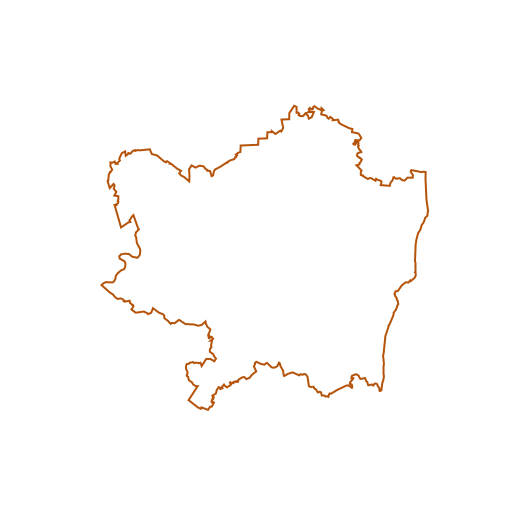 the district of Cazones de Herrera, Veracruz, Mexico, rotated 26°
{"feature_id": "50627088B60977128263275", "entity_name": "Cazones de Herrera", "entity_type": "district", "adm_level": 2, "iso_a3": "MEX", "parent_name": "Mexico", "parent_adm1": "Veracruz", "projection": "robinson", "projection_center": [-97.287, 20.709], "detail": "fine", "context": "isolated", "style": "outline", "palette": "amber", "viewbox_px": 512, "rotation_deg": 26, "n_neighbors": 0, "source": "geoboundaries", "source_scale": "gbopen_adm2", "svg_char_len": 6119}
<svg xmlns="http://www.w3.org/2000/svg" viewBox="0 0 512 512"><g transform="rotate(26 256 256)"><path d="M371.7,106.2L369.7,106.7L368.1,108.0L358.0,110.7L357.9,112.0L359.0,113.1L361.7,114.6L362.5,116.9L357.8,119.2L356.5,123.1L353.9,123.7L351.2,123.0L348.0,125.2L345.6,124.6L345.0,124.9L345.5,127.6L344.8,131.8L345.5,134.3L337.0,137.6L336.3,134.4L335.5,133.7L331.9,134.2L330.1,134.0L330.4,136.0L325.6,135.6L324.2,135.9L322.8,137.7L317.2,137.3L317.0,136.7L314.7,137.2L313.4,134.7L313.4,132.9L306.5,130.4L308.8,128.5L308.2,127.0L308.7,126.6L308.9,123.0L306.9,122.3L306.2,122.5L306.1,122.1L303.3,122.0L302.6,121.0L302.2,119.4L303.2,118.0L305.1,116.5L304.5,115.8L301.7,114.7L299.6,112.9L300.0,111.7L298.8,110.9L298.6,109.5L297.7,109.0L297.5,108.3L296.4,109.4L296.4,112.3L295.2,112.8L294.3,112.6L294.9,110.6L294.4,108.2L298.3,106.8L298.9,103.8L295.5,101.5L294.0,101.0L288.0,102.6L286.9,99.5L283.8,100.3L274.9,100.3L271.6,99.7L271.4,98.7L270.0,97.5L265.4,100.4L264.8,99.0L261.8,98.4L261.2,100.7L259.8,100.5L257.9,99.0L252.5,100.1L251.6,96.5L252.8,95.3L250.0,94.4L250.6,96.3L246.6,96.4L242.9,95.7L242.1,97.1L242.7,99.1L242.1,99.9L239.5,99.3L239.0,100.8L240.6,102.0L239.8,103.8L244.9,101.2L245.2,106.8L243.3,109.4L241.1,107.0L239.4,106.7L238.7,105.4L238.0,105.7L236.9,109.7L234.3,110.8L232.4,110.6L232.6,109.2L231.1,108.6L229.7,109.5L227.1,104.2L224.5,104.2L223.3,113.0L225.9,118.5L219.1,122.2L224.3,128.9L224.1,133.0L222.8,132.8L220.0,137.8L215.4,136.8L215.8,137.8L212.0,139.8L214.4,145.4L206.7,149.5L209.2,155.1L193.8,163.4L196.4,169.4L194.4,171.3L194.5,171.7L193.5,173.5L194.9,173.8L194.6,175.9L194.1,175.9L194.1,178.3L190.5,181.8L189.3,184.4L189.1,184.1L184.8,191.4L181.4,196.1L181.0,198.3L182.1,202.3L181.1,203.7L177.5,199.8L174.7,200.7L174.4,199.9L172.3,199.9L170.5,198.7L169.1,198.5L165.6,199.6L162.8,203.1L158.4,202.8L157.8,207.4L160.9,212.8L163.3,218.2L156.5,216.5L153.6,216.5L150.8,215.5L151.2,212.3L146.9,212.1L139.6,210.4L138.4,210.8L138.5,210.3L134.4,209.8L133.9,211.3L131.5,211.2L123.2,209.0L117.6,210.0L113.8,206.7L104.9,212.2L103.2,212.6L101.5,214.4L100.9,213.9L99.3,215.4L98.2,219.2L96.1,219.4L96.3,220.4L95.0,223.0L92.5,219.4L90.3,222.4L90.4,228.1L90.8,229.1L91.8,229.7L90.7,233.1L90.1,233.6L90.9,233.9L89.4,234.8L87.6,233.0L85.7,235.4L84.2,235.6L85.8,239.1L88.9,241.5L88.3,245.1L88.0,245.0L88.1,247.5L90.1,252.9L89.7,253.6L94.8,259.1L96.3,253.7L96.9,253.9L98.1,254.8L98.6,257.9L102.4,259.6L102.2,263.8L106.0,262.6L107.5,265.6L107.7,267.3L108.4,267.4L108.9,269.2L107.7,270.8L108.2,271.5L106.6,272.2L122.2,289.5L126.5,281.9L128.1,280.5L126.7,279.7L127.2,275.1L127.9,273.0L138.4,283.3L139.0,283.3L137.8,287.4L138.5,290.6L139.9,291.5L143.3,296.6L148.6,300.4L150.0,302.6L151.1,306.2L150.2,309.6L145.1,310.9L141.2,309.9L137.2,311.3L134.0,313.7L133.2,316.2L134.6,318.1L140.2,318.4L142.0,320.0L143.1,323.0L143.3,325.6L141.2,327.8L139.4,331.8L138.7,335.0L139.7,338.5L139.4,341.5L138.6,342.7L132.5,345.3L130.9,347.4L129.9,349.9L140.3,352.8L144.3,353.3L147.9,354.9L150.6,355.2L152.7,353.6L154.2,353.2L157.1,353.8L157.0,354.6L158.0,354.6L162.0,351.6L163.3,353.4L165.1,353.7L166.0,354.4L167.2,354.1L167.9,354.9L167.5,358.7L172.8,359.7L179.5,355.1L183.7,355.1L184.5,355.6L186.7,352.9L186.3,348.1L193.8,349.5L198.0,349.1L199.7,349.8L200.9,352.1L205.1,352.8L209.1,354.4L209.5,353.2L212.4,352.0L214.8,347.1L222.4,348.1L230.2,344.8L234.7,344.0L237.5,341.6L239.3,337.0L240.6,338.8L243.4,341.0L247.0,341.9L247.4,342.7L247.6,347.4L248.5,347.8L248.0,348.5L249.7,350.5L250.3,350.3L250.4,348.8L251.5,348.1L253.7,349.2L252.4,351.9L254.1,351.0L253.6,351.6L254.9,356.3L255.9,357.4L255.4,360.1L256.6,362.4L260.3,362.9L262.7,364.7L265.0,365.7L264.7,368.9L260.4,368.5L256.4,370.3L255.4,378.7L252.9,376.3L251.6,377.5L250.9,377.4L248.6,378.3L247.3,379.4L245.9,378.9L243.1,381.2L242.8,382.4L241.1,383.5L241.5,386.0L242.5,387.9L245.6,390.7L246.2,394.0L247.9,394.3L250.0,397.0L254.0,397.7L255.5,398.8L257.2,399.3L259.5,399.2L260.6,398.6L258.6,415.1L270.2,417.6L273.4,417.5L273.3,416.0L280.3,415.3L280.8,411.7L282.3,410.7L282.4,406.1L281.3,406.2L280.5,406.9L279.8,406.3L279.4,402.8L280.1,403.1L280.1,402.1L279.8,401.3L278.0,400.6L280.2,397.3L279.5,393.6L279.8,390.3L281.2,390.1L282.3,391.2L283.8,389.5L282.8,388.8L283.6,385.6L285.3,386.5L287.6,386.7L289.1,384.0L289.8,383.5L289.5,382.2L288.0,381.2L288.2,380.7L290.0,381.6L290.5,380.0L291.5,380.0L291.4,378.5L293.1,378.0L293.0,377.2L293.8,376.8L294.3,377.3L294.9,377.1L294.5,374.9L296.8,371.1L298.7,369.9L301.3,370.9L303.7,368.2L304.3,364.8L306.8,359.6L302.5,356.1L302.5,353.7L301.9,352.6L302.8,350.9L307.3,350.9L311.2,350.0L312.1,347.9L313.0,347.3L318.7,349.2L320.6,348.8L322.4,347.4L323.4,345.7L323.4,341.8L324.5,342.1L326.0,344.0L330.7,347.3L333.2,351.1L334.0,351.5L336.2,348.1L339.8,344.6L347.3,344.3L348.0,342.6L350.0,342.3L351.0,340.9L352.6,340.6L355.3,342.0L360.6,349.8L362.5,349.8L365.0,348.3L366.7,349.6L368.3,349.6L371.5,351.5L372.7,350.2L374.1,350.0L376.3,352.5L378.7,351.4L380.4,351.8L381.7,350.7L382.8,350.8L382.3,348.5L382.5,347.2L383.7,347.0L387.7,340.8L393.8,333.1L395.4,332.0L397.9,331.9L399.7,332.5L400.1,332.2L399.1,330.1L398.1,329.5L396.4,329.8L396.0,328.1L397.2,323.6L397.0,323.1L395.4,324.0L394.8,322.4L394.9,321.3L397.9,318.3L400.5,318.5L403.3,320.6L404.1,320.6L407.4,317.9L410.2,320.3L411.1,320.3L413.4,322.9L414.3,322.7L416.2,320.8L418.2,321.0L418.4,318.9L419.7,318.0L421.2,318.2L422.9,319.9L424.4,320.4L425.4,321.2L425.5,322.4L426.4,323.1L427.4,322.1L427.8,322.5L425.3,315.2L424.8,311.6L423.6,307.8L422.3,306.1L418.8,298.9L418.4,297.1L413.9,289.8L413.3,287.3L407.4,271.3L406.1,261.1L405.6,260.7L406.0,258.9L405.6,251.3L405.4,248.5L404.6,246.7L405.2,243.5L405.2,240.7L404.7,238.6L405.0,236.9L403.0,234.1L401.7,233.5L400.9,232.1L398.4,230.8L398.2,230.1L397.1,229.5L396.9,226.5L398.8,225.4L399.8,219.2L400.8,216.5L402.2,213.9L404.6,213.1L405.3,210.3L406.1,210.7L408.1,206.3L408.1,203.4L406.6,200.9L406.0,200.9L406.0,199.7L402.6,192.7L401.0,190.6L394.5,175.8L393.0,171.1L391.7,164.5L392.2,159.9L391.3,155.6L391.9,153.0L391.7,149.2L391.2,148.0L392.4,144.5L391.2,141.8L391.1,140.4L384.4,130.4L374.7,112.7L371.7,106.2Z" fill="none" stroke="#b45309" stroke-width="2"/></g></svg>